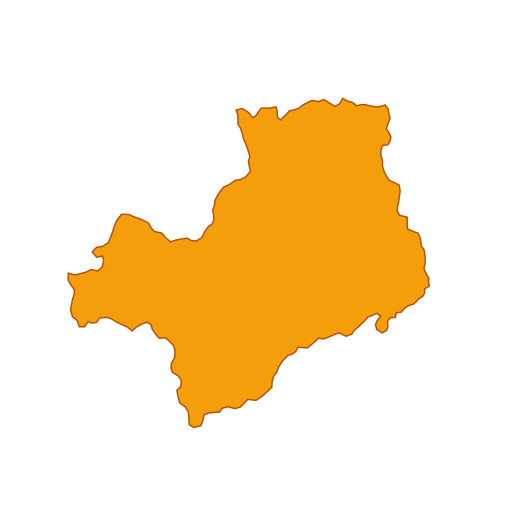 Guaraciaba, Minas Gerais, Brazil, rotated 107°
{"feature_id": "56859067B49687475462588", "entity_name": "Guaraciaba", "entity_type": "district", "adm_level": 2, "iso_a3": "BRA", "parent_name": "Brazil", "parent_adm1": "Minas Gerais", "projection": "robinson", "projection_center": [-43.021, -20.563], "detail": "fine", "context": "isolated", "style": "filled", "palette": "amber", "viewbox_px": 512, "rotation_deg": 107, "n_neighbors": 0, "source": "geoboundaries", "source_scale": "gbopen_adm2", "svg_char_len": 3118}
<svg xmlns="http://www.w3.org/2000/svg" viewBox="0 0 512 512"><g transform="rotate(107 256 256)"><path d="M212.1,92.3L205.7,94.7L200.7,97.3L198.0,101.0L194.0,102.5L190.1,104.7L186.8,107.8L186.6,112.3L185.8,119.2L180.0,121.1L174.7,122.8L175.1,130.3L171.8,134.1L167.9,135.0L163.4,135.3L157.4,136.2L151.8,137.2L146.5,139.6L145.5,144.3L144.8,150.6L141.2,154.9L138.1,157.9L133.1,161.3L127.6,163.1L123.8,165.6L119.3,167.4L113.4,167.4L111.1,162.5L106.8,161.4L102.7,161.8L99.4,164.9L96.2,168.5L90.7,168.5L84.9,168.0L81.1,170.6L77.1,172.4L73.8,176.6L76.7,180.7L78.4,184.8L79.0,190.5L79.3,195.5L80.5,199.8L83.0,203.6L80.9,208.6L81.1,213.7L79.9,219.2L85.5,220.4L89.8,224.0L88.2,230.6L86.5,236.9L90.0,241.4L91.0,248.1L94.4,251.8L98.1,255.5L102.1,258.2L105.0,262.0L107.4,266.5L111.4,268.3L114.9,270.4L118.6,271.8L117.2,276.1L111.8,277.8L107.6,280.4L111.0,287.1L113.0,294.2L117.8,295.9L121.5,296.9L124.7,299.6L120.9,305.1L118.9,312.2L122.3,317.7L126.5,314.6L130.2,313.3L135.0,311.9L138.7,307.8L143.1,304.8L147.5,302.3L151.8,298.5L155.9,295.5L159.8,292.7L163.2,290.9L167.1,291.0L170.9,289.3L176.6,286.1L183.5,289.0L187.3,293.0L189.7,297.9L195.3,302.3L199.5,306.9L204.5,309.1L209.4,310.5L215.4,311.5L219.7,310.5L224.6,310.8L229.1,308.6L233.4,307.0L237.6,307.0L241.7,310.1L246.8,311.9L254.2,313.2L259.1,317.4L260.2,322.7L259.1,327.2L261.1,331.3L263.5,336.2L267.4,341.8L265.1,347.5L261.6,352.8L262.3,360.5L259.8,364.3L256.0,368.4L254.5,377.4L254.2,384.1L253.5,389.6L255.4,396.8L262.6,399.5L269.0,400.2L275.5,400.2L280.9,400.6L286.5,401.1L291.8,405.7L294.3,411.0L300.1,413.8L303.8,407.9L300.8,402.8L305.1,400.4L311.1,399.9L316.5,402.8L317.2,409.8L321.4,414.2L324.6,419.5L327.1,423.6L327.3,430.5L333.7,428.7L337.2,425.3L341.4,419.8L346.3,418.6L350.7,418.8L355.8,418.3L361.6,417.6L367.7,413.8L370.0,408.1L375.4,404.3L373.7,399.1L367.9,397.4L368.1,393.0L366.0,389.0L361.0,387.5L358.4,380.9L358.3,375.8L359.6,371.5L360.6,366.0L361.5,358.6L363.8,352.4L359.2,349.8L354.8,345.7L351.2,340.9L352.2,336.5L356.2,333.9L359.6,329.8L362.9,324.6L360.7,318.7L363.1,313.4L365.6,308.9L369.2,306.3L373.4,304.8L377.4,304.1L383.3,305.5L388.2,304.5L391.7,301.9L393.4,295.3L396.9,291.0L402.9,289.7L407.4,292.4L412.9,289.7L418.9,285.9L420.9,279.7L424.7,275.3L431.3,272.5L436.8,270.6L438.2,265.4L434.4,259.1L428.4,258.7L423.0,259.3L419.9,255.0L417.5,249.5L416.0,245.2L411.4,243.8L408.3,238.5L408.1,231.5L405.0,226.8L400.3,224.3L395.5,222.0L394.1,213.9L388.4,209.1L382.4,205.6L376.9,202.5L371.3,203.9L365.6,203.9L361.1,202.2L355.5,201.9L348.6,199.9L342.1,196.7L339.3,192.7L335.8,190.1L331.1,189.3L328.8,179.9L324.2,176.9L320.1,174.2L316.4,172.3L315.6,167.3L312.4,163.0L309.0,159.2L305.2,154.2L306.4,146.3L302.6,141.5L297.9,140.2L294.3,137.6L290.8,135.8L286.5,133.2L281.7,131.2L279.0,127.6L275.5,123.8L277.2,119.2L282.0,121.1L286.7,121.7L290.9,119.2L292.7,112.9L289.0,109.4L284.8,109.2L280.3,111.2L275.5,109.5L274.1,104.7L269.5,105.4L267.2,100.8L262.2,98.4L258.6,95.5L256.4,91.8L252.9,89.4L249.2,87.9L246.0,84.8L242.2,83.9L238.0,85.1L234.2,81.5L230.5,83.3L226.8,84.2L223.7,87.5L219.1,91.7L212.1,92.3Z" fill="#f59e0b" stroke="#b45309" stroke-width="1.5"/></g></svg>